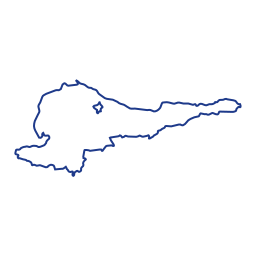 an SVG outline of Chuy
{"feature_id": "KGZ-1116", "entity_name": "Chuy", "entity_type": "Region", "adm_level": 1, "iso_a3": "KGZ", "parent_name": "Kyrgyzstan", "parent_adm1": "", "projection": "natural_earth1", "projection_center": [74.767, 42.563], "detail": "fine", "context": "isolated", "style": "outline", "palette": "blue", "viewbox_px": 256, "rotation_deg": 0, "n_neighbors": 0, "source": "natural_earth", "source_scale": "10m", "svg_char_len": 5735}
<svg xmlns="http://www.w3.org/2000/svg" viewBox="0 0 256 256"><path d="M75.8,80.2L77.4,81.0L80.1,83.4L81.7,83.9L83.5,84.3L85.0,85.0L87.8,87.2L88.9,87.7L91.2,87.9L93.1,89.1L95.3,89.7L96.3,90.2L97.1,91.1L98.4,93.3L99.2,94.1L104.8,98.1L106.7,98.8L112.8,99.7L117.5,101.9L119.0,103.1L120.6,103.8L123.8,104.7L125.4,105.6L126.7,106.5L129.9,108.4L131.4,108.7L135.0,108.6L147.2,110.1L149.3,109.9L150.4,110.0L153.9,111.4L155.3,111.3L156.9,110.7L158.4,109.7L159.7,108.4L160.3,107.6L162.0,103.2L162.6,102.6L163.4,102.5L164.0,102.4L166.8,102.2L168.9,102.5L173.2,103.6L174.4,103.7L177.9,102.6L179.3,102.6L183.3,103.5L188.2,103.5L192.9,104.8L193.4,104.7L194.5,104.3L195.2,104.2L195.7,104.6L196.3,105.7L196.9,105.9L197.8,105.6L199.4,104.2L200.4,103.8L201.9,103.9L204.7,105.0L206.1,105.3L207.2,105.0L209.3,104.2L211.7,104.2L212.8,104.0L214.8,103.0L215.1,102.7L215.1,102.4L215.2,102.1L215.6,102.1L216.6,102.2L216.9,102.2L217.4,102.0L218.5,100.7L219.5,100.0L220.6,99.9L223.0,99.8L225.1,99.0L226.2,98.9L227.3,99.3L233.4,100.3L235.3,100.9L235.9,101.4L237.4,103.4L238.3,104.0L239.2,104.2L240.1,104.2L240.6,106.0L240.5,106.5L240.4,107.0L240.0,107.2L239.7,107.1L238.9,106.9L238.6,106.9L238.3,107.1L238.0,107.3L236.7,108.7L236.4,109.2L236.1,110.5L235.9,110.9L235.4,111.2L234.0,111.7L232.9,111.9L220.1,111.6L219.4,111.7L219.1,112.0L218.9,112.4L218.8,112.8L218.6,113.3L218.4,113.7L218.0,114.1L217.7,114.3L217.2,114.4L215.5,114.1L213.0,113.1L212.4,113.0L212.0,113.1L209.2,114.5L208.4,114.7L207.8,114.7L206.1,114.1L204.7,114.2L201.2,113.5L200.7,113.4L200.3,113.6L200.1,113.9L199.0,116.0L198.7,116.3L198.4,116.4L194.3,117.3L190.6,118.9L189.4,119.6L188.2,120.4L185.3,123.7L185.0,124.0L183.6,124.9L183.1,125.2L182.6,125.3L182.2,125.2L181.9,125.2L181.2,125.0L180.3,124.5L179.0,124.5L171.5,126.3L170.5,126.3L166.4,126.0L165.7,126.1L165.2,126.4L164.7,127.5L164.3,127.8L163.8,128.1L162.5,128.7L161.8,129.1L160.5,130.2L159.7,130.4L159.1,130.6L158.4,130.7L158.1,130.9L157.9,131.2L157.9,132.3L157.9,132.5L157.6,133.1L157.4,133.4L157.0,133.8L154.9,135.0L153.9,135.5L153.7,135.8L153.0,136.6L150.1,138.3L149.4,138.5L149.0,138.4L149.0,138.1L149.2,136.8L149.1,136.5L149.0,136.1L148.9,135.8L148.7,135.5L148.4,135.3L148.1,135.4L147.2,135.8L143.2,136.7L142.5,136.7L142.1,136.6L139.8,135.6L139.4,135.6L139.1,135.8L138.8,136.0L138.4,136.2L136.8,136.7L136.2,136.8L128.0,136.5L125.8,135.8L125.3,135.9L125.0,136.0L124.7,136.3L124.0,136.8L122.2,137.4L120.8,135.7L120.2,135.5L119.8,135.4L119.5,135.7L119.0,136.0L118.3,136.3L110.5,137.5L109.9,137.8L110.9,140.3L113.4,144.1L113.8,145.0L113.9,145.7L113.6,145.9L113.2,146.0L112.8,145.9L111.6,145.4L111.2,145.4L107.0,145.8L105.9,146.3L103.8,149.0L102.5,150.8L102.2,150.8L101.9,150.8L101.7,150.5L101.6,150.1L101.4,149.8L101.1,149.5L99.9,149.5L90.2,150.8L89.6,150.7L89.3,150.5L88.7,150.3L86.6,150.0L85.3,150.0L84.9,150.0L84.6,150.1L84.3,150.9L83.3,156.6L83.4,157.3L83.5,158.1L84.9,158.4L85.3,158.7L85.7,159.1L85.8,159.4L85.7,159.6L85.1,160.1L84.6,160.5L83.9,161.4L83.6,161.8L83.4,162.2L83.2,162.9L83.1,163.3L83.2,163.7L83.4,164.9L83.3,165.4L83.1,166.0L81.7,167.4L81.3,168.0L81.1,168.5L81.1,169.0L81.1,170.1L81.0,170.6L80.6,171.1L80.0,171.5L79.4,171.8L78.9,171.8L78.6,171.7L78.3,171.5L77.8,171.1L77.6,171.0L77.3,170.9L77.1,170.9L76.7,171.0L75.2,172.0L74.7,172.4L74.5,172.9L74.3,173.4L74.1,175.1L73.8,175.5L73.4,175.8L73.1,175.7L72.9,175.6L72.7,175.4L72.6,175.1L72.5,174.7L72.5,174.2L72.8,172.7L72.9,172.2L72.8,171.9L72.6,171.6L72.4,171.5L72.1,171.5L70.8,171.9L70.4,172.0L69.9,171.9L69.5,171.8L69.0,171.6L68.7,171.3L68.4,171.0L67.8,169.9L67.5,169.6L67.0,169.2L66.8,168.8L66.6,168.5L66.3,167.6L66.1,167.3L65.8,166.8L63.5,168.5L62.5,168.8L61.6,168.8L55.1,169.4L54.2,166.5L53.7,165.6L52.9,165.2L52.4,165.0L51.3,164.8L50.8,164.8L50.4,164.9L50.1,165.0L48.9,165.6L48.6,165.8L48.1,166.2L47.8,166.7L47.5,166.9L47.1,167.1L46.2,167.2L45.6,167.2L40.6,165.4L39.9,165.2L39.2,165.3L37.5,165.6L36.7,165.7L35.0,165.0L34.3,164.8L33.8,164.8L32.3,165.2L32.1,165.1L31.9,164.8L31.6,163.5L31.3,162.9L31.1,162.6L30.8,162.2L30.3,161.9L29.3,161.3L28.7,161.1L28.1,160.9L27.2,160.9L26.8,160.7L26.0,160.0L25.4,159.8L23.0,159.3L20.2,158.4L19.4,158.2L18.8,158.2L18.5,158.3L18.2,158.1L18.0,157.8L17.7,156.9L18.3,155.9L18.4,155.5L18.4,155.3L18.3,155.1L18.1,154.9L17.9,154.8L15.9,154.2L15.6,154.0L15.4,153.6L15.4,153.1L15.4,152.8L15.9,150.7L16.0,150.2L16.4,149.8L17.0,149.6L18.8,149.7L19.5,149.5L20.2,149.1L20.8,148.3L21.0,148.1L22.7,147.3L24.0,146.9L25.0,146.8L26.1,146.5L26.9,146.4L27.9,146.6L28.5,146.8L29.3,147.0L30.1,146.9L32.2,146.0L33.2,145.8L34.5,145.8L36.5,146.0L36.9,146.2L38.4,147.0L39.3,147.0L40.5,146.7L43.8,145.4L44.6,144.9L46.1,143.0L46.3,141.9L46.6,141.3L47.5,140.1L48.9,138.9L49.2,138.4L49.3,137.9L49.3,137.1L49.1,136.6L48.5,135.7L47.9,135.5L47.6,135.5L46.1,135.7L45.5,135.7L45.0,135.6L44.6,135.4L44.3,135.2L44.1,134.9L43.9,134.7L43.8,134.3L43.4,133.2L43.2,132.9L42.6,133.4L42.3,134.1L42.2,134.9L42.3,135.3L42.4,135.6L42.4,135.9L42.0,136.7L40.7,137.8L39.1,137.6L35.3,130.6L34.4,128.4L34.0,126.1L34.2,123.6L34.8,121.1L37.7,115.1L39.2,112.2L39.4,111.1L39.2,109.9L38.6,107.6L38.4,106.4L38.6,105.3L39.1,104.3L40.2,102.5L42.3,96.9L42.9,95.9L43.8,95.2L46.3,93.8L55.6,90.3L56.6,90.1L58.8,90.2L60.8,89.1L62.6,84.5L64.3,83.3L65.4,83.6L67.3,85.4L68.3,85.7L76.8,84.7L77.7,84.3L77.9,83.3L77.3,82.1L75.8,80.2ZM100.2,111.4L100.7,111.4L100.9,111.2L100.7,110.4L100.7,109.6L100.8,108.8L101.4,108.3L101.7,107.7L102.4,107.4L102.5,107.0L102.3,106.7L102.2,106.4L101.5,105.5L100.6,104.7L100.1,103.7L99.7,102.5L99.6,102.3L99.3,102.4L98.8,103.5L98.1,104.4L97.1,105.1L94.2,105.8L93.4,106.6L94.0,107.8L96.2,109.5L97.0,109.9L97.0,110.8L96.9,111.4L96.9,112.3L97.2,112.9L97.6,113.2L97.9,113.2L98.3,112.8L98.7,112.0L99.4,111.3L100.2,111.4Z" fill="none" stroke="#1e3a8a" stroke-width="2"/></svg>